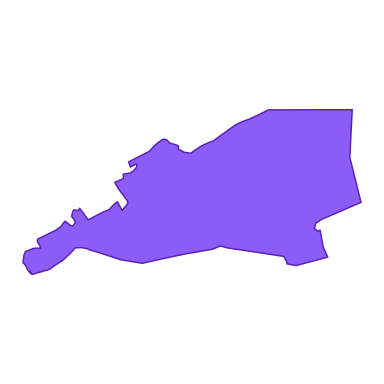 Al-Salhiyya, Ash Sharqiyah, Egypt
{"feature_id": "37247803B28046922888397", "entity_name": "Al-Salhiyya", "entity_type": "district", "adm_level": 2, "iso_a3": "EGY", "parent_name": "Egypt", "parent_adm1": "Ash Sharqiyah", "projection": "natural_earth1", "projection_center": [31.874, 30.638], "detail": "fine", "context": "isolated", "style": "filled", "palette": "violet", "viewbox_px": 384, "rotation_deg": 0, "n_neighbors": 0, "source": "geoboundaries", "source_scale": "gbopen_adm2", "svg_char_len": 2097}
<svg xmlns="http://www.w3.org/2000/svg" viewBox="0 0 384 384"><path d="M62.0,261.0L69.8,253.8L75.4,247.8L81.1,247.6L86.2,248.4L88.9,249.5L89.2,249.7L93.7,251.1L94.6,251.3L100.5,253.1L120.5,259.7L142.3,263.3L158.5,259.6L172.2,256.7L174.0,256.3L189.4,253.1L194.0,252.5L204.5,250.6L211.0,249.5L213.4,249.0L220.5,245.9L225.6,247.4L227.3,247.9L251.6,251.5L283.6,256.4L286.7,261.5L286.9,262.8L286.9,263.2L287.0,263.4L287.0,263.9L296.0,265.6L327.7,257.1L325.4,251.9L324.4,249.7L323.4,247.4L323.3,247.1L323.2,246.9L320.1,230.3L319.4,230.5L317.8,231.1L317.0,230.5L316.5,230.1L314.6,228.5L314.4,228.4L315.9,223.2L321.8,219.2L324.8,218.0L358.2,203.6L361.0,202.5L361.0,202.4L355.1,178.7L350.7,161.0L349.8,157.4L352.2,109.7L268.2,109.9L259.5,114.3L248.6,119.4L242.2,121.6L240.4,122.5L239.9,122.7L236.1,124.5L230.0,128.7L219.3,136.5L213.2,141.0L207.8,142.9L201.4,146.0L195.2,149.9L191.0,153.2L184.4,152.3L178.4,149.1L178.5,146.1L177.6,145.4L174.1,144.3L169.1,142.8L167.8,140.7L165.6,139.3L162.8,139.3L158.6,142.2L154.4,145.8L149.2,151.4L128.6,161.9L130.4,167.0L133.0,165.7L135.9,164.1L136.8,164.8L136.8,166.9L133.5,170.8L130.0,173.1L123.3,174.2L123.5,178.6L115.7,181.9L115.2,182.1L114.9,182.8L118.8,189.3L127.5,201.0L127.7,203.7L122.2,210.3L119.4,205.5L117.6,202.0L116.7,202.3L116.3,202.4L112.1,206.3L109.2,209.6L103.8,211.8L96.7,215.3L88.4,219.8L87.7,219.1L85.6,216.4L85.3,216.0L83.7,213.3L81.9,211.2L80.3,209.1L79.7,208.4L77.8,210.8L76.2,210.1L73.6,210.0L72.7,212.0L71.6,216.3L75.3,221.5L75.0,223.2L72.7,226.1L70.8,225.7L68.3,223.7L65.2,221.2L63.2,223.2L61.9,225.5L60.6,226.8L59.0,227.8L56.1,230.1L37.8,239.0L37.5,239.7L37.4,241.7L38.7,243.8L39.6,245.2L40.5,247.5L40.5,248.2L36.7,248.1L33.5,248.4L28.9,250.2L25.5,251.5L24.8,253.2L23.8,255.5L23.8,257.6L23.6,258.0L23.4,258.6L23.4,259.9L23.0,262.6L23.3,262.9L24.2,263.9L24.6,264.3L26.4,266.7L27.0,268.8L28.3,270.5L29.5,272.2L30.1,272.9L30.5,271.9L31.7,274.3L32.9,274.3L33.9,274.0L35.8,273.4L37.4,272.7L39.3,272.4L41.2,271.8L44.9,270.7L47.6,270.0L49.9,269.0L55.7,264.8L57.9,263.5L59.8,262.2L62.0,261.0Z" fill="#8b5cf6" stroke="#5b21b6" stroke-width="1.5"/></svg>